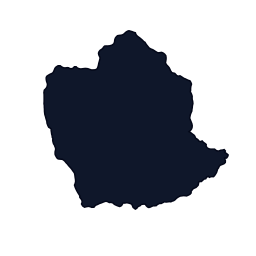 União de Minas, Minas Gerais, Brazil, rotated 153°
{"feature_id": "56859067B72130138195353", "entity_name": "União de Minas", "entity_type": "district", "adm_level": 2, "iso_a3": "BRA", "parent_name": "Brazil", "parent_adm1": "Minas Gerais", "projection": "orthographic", "projection_center": [-50.35, -19.408], "detail": "fine", "context": "isolated", "style": "filled", "palette": "ink", "viewbox_px": 256, "rotation_deg": 153, "n_neighbors": 0, "source": "geoboundaries", "source_scale": "gbopen_adm2", "svg_char_len": 4180}
<svg xmlns="http://www.w3.org/2000/svg" viewBox="0 0 256 256"><g transform="rotate(153 128 128)"><path d="M175.4,68.0L174.8,66.2L173.9,65.0L172.8,63.6L171.0,61.8L169.0,61.8L167.6,62.7L166.3,63.4L165.0,62.6L163.0,62.0L161.7,61.0L160.4,59.8L159.3,58.5L159.3,56.8L159.5,54.9L158.9,53.7L158.3,52.4L156.6,52.5L155.3,53.3L153.8,53.4L152.3,53.3L151.0,53.9L148.9,53.2L147.2,52.3L147.0,50.4L146.4,48.7L145.5,47.7L143.9,47.4L142.3,47.4L141.0,47.3L139.8,46.7L138.1,46.0L136.5,46.5L134.2,46.5L132.7,45.7L130.8,45.7L128.8,45.7L127.8,44.8L126.2,44.2L124.5,43.6L123.3,42.8L121.9,42.8L120.3,42.5L118.7,42.7L116.7,43.4L114.3,43.7L112.5,43.7L110.8,43.1L109.1,42.5L107.8,41.7L106.6,40.9L104.9,40.8L102.9,40.8L101.2,41.5L100.7,42.8L99.2,43.6L97.3,44.4L94.4,44.2L91.6,45.1L90.4,46.4L89.9,47.6L88.4,47.7L86.9,47.0L84.9,47.6L83.2,48.0L81.8,47.5L80.3,48.5L78.4,48.5L77.9,47.1L76.2,47.0L75.0,46.4L73.9,45.8L72.3,46.4L70.4,47.5L69.2,48.3L67.9,49.6L66.9,50.7L65.4,51.4L64.3,52.4L62.8,53.0L61.2,52.8L58.7,52.6L57.0,53.1L56.1,54.6L55.7,57.3L53.8,56.5L52.2,57.3L51.0,58.5L51.7,60.4L52.8,62.3L51.7,63.3L52.1,65.1L53.7,65.4L55.5,66.1L57.5,66.2L58.9,67.1L59.8,68.2L60.4,69.8L62.1,70.7L63.8,71.5L65.1,72.5L66.4,74.1L66.7,76.3L65.8,77.9L66.6,79.7L67.3,80.9L67.8,82.8L69.6,82.9L70.8,84.3L71.0,85.8L71.6,87.0L72.4,88.3L72.2,90.3L72.4,91.6L73.3,93.3L74.1,95.1L75.3,97.0L73.4,97.5L71.7,98.4L70.6,99.5L69.7,101.0L69.2,102.7L69.0,104.6L68.8,106.9L68.6,108.8L67.7,110.0L66.5,111.5L65.0,112.9L63.5,114.1L62.5,115.7L61.5,117.0L60.6,118.5L59.1,120.3L58.2,122.6L57.9,124.2L57.3,125.6L56.4,127.2L56.1,129.0L56.0,130.4L56.1,131.9L55.1,133.2L54.3,134.8L53.2,136.5L51.5,138.3L51.3,140.1L51.4,141.9L52.9,143.4L53.8,144.6L54.6,145.7L55.7,146.9L56.5,148.4L57.3,149.8L58.0,150.9L59.8,151.4L60.8,152.6L61.2,154.2L61.6,155.5L62.7,156.4L63.8,157.3L64.1,159.5L64.0,161.4L64.0,163.0L64.3,164.5L65.0,166.8L65.1,169.0L63.9,170.6L62.9,172.0L62.2,173.3L61.5,175.2L61.8,177.0L62.5,178.6L63.7,180.1L65.1,180.6L66.7,181.1L67.7,182.0L68.5,183.3L69.2,184.5L70.3,186.4L71.9,188.2L72.9,189.8L73.3,191.8L73.8,194.2L74.0,196.7L74.8,197.9L75.2,199.5L75.8,201.0L76.6,202.9L77.7,205.0L78.2,206.3L78.5,207.9L78.2,209.5L79.4,210.6L80.5,211.9L81.9,213.2L83.0,214.2L84.5,214.5L86.5,214.3L88.2,213.8L89.4,213.5L90.8,213.5L92.3,213.9L93.8,214.5L95.5,215.0L97.1,214.5L98.5,213.8L99.8,212.5L101.0,210.7L102.5,209.4L104.9,209.1L107.2,209.6L109.1,210.4L110.4,211.1L111.7,211.6L113.2,211.1L114.3,210.4L115.6,210.1L117.5,209.9L119.1,209.2L120.3,208.1L120.8,206.5L120.9,204.4L121.0,203.1L122.0,201.9L123.1,200.6L124.6,199.0L125.9,197.3L127.2,195.9L128.4,194.9L129.7,194.6L131.2,194.9L132.8,195.6L134.2,196.3L135.4,197.5L136.9,199.1L138.7,200.3L140.1,200.9L141.5,201.4L143.3,202.0L144.9,203.3L146.0,204.7L146.4,206.1L147.9,206.9L150.1,206.2L151.8,206.6L152.9,207.5L153.7,208.7L154.8,209.4L156.4,209.9L158.0,210.8L159.3,212.5L160.2,214.3L162.1,215.2L164.4,215.0L165.9,214.4L167.5,213.0L168.7,212.0L170.1,211.2L171.5,211.2L172.9,211.3L174.9,211.2L176.7,211.0L177.8,210.3L178.5,209.1L179.0,207.8L179.4,206.3L179.6,204.6L180.0,203.3L181.2,201.7L182.6,200.7L183.8,200.2L185.4,199.7L186.8,197.8L187.6,195.8L188.6,193.8L189.6,191.8L190.7,189.7L191.8,187.8L192.4,186.0L193.2,184.4L193.8,182.9L194.8,180.9L195.5,179.1L196.0,177.6L196.3,175.7L196.7,174.0L197.0,172.4L197.2,171.0L198.0,169.0L198.3,166.3L198.3,164.7L197.3,163.1L196.9,161.8L197.6,160.7L198.2,158.9L198.8,157.2L199.1,155.6L199.7,154.1L199.7,152.6L200.6,151.4L201.1,149.8L201.5,147.8L201.3,146.1L201.5,144.7L201.6,143.1L202.3,141.6L203.6,140.1L204.4,138.7L205.0,137.3L205.0,135.2L204.9,133.6L204.3,132.2L203.1,131.4L202.0,130.7L200.7,129.9L199.9,128.6L199.3,127.1L198.9,125.1L198.3,123.3L198.1,121.9L197.7,120.3L197.2,118.6L196.8,116.9L196.6,114.9L196.3,113.5L196.2,111.8L196.8,109.9L197.5,108.0L198.1,106.1L198.9,104.2L200.1,102.7L201.6,101.4L202.0,98.8L202.1,96.8L202.1,94.8L202.0,92.8L201.8,90.9L201.7,89.6L202.4,88.0L202.0,86.0L201.9,84.2L202.6,82.6L203.9,81.4L203.8,79.2L202.7,77.2L200.9,76.8L198.7,76.1L197.4,75.0L196.3,73.8L194.3,72.9L192.1,73.9L189.9,73.7L187.5,73.7L185.8,73.4L183.1,73.2L180.8,72.8L179.3,71.3L178.5,70.1L176.8,69.4L175.4,68.0Z" fill="#0f172a" stroke="#020617" stroke-width="1.5"/></g></svg>